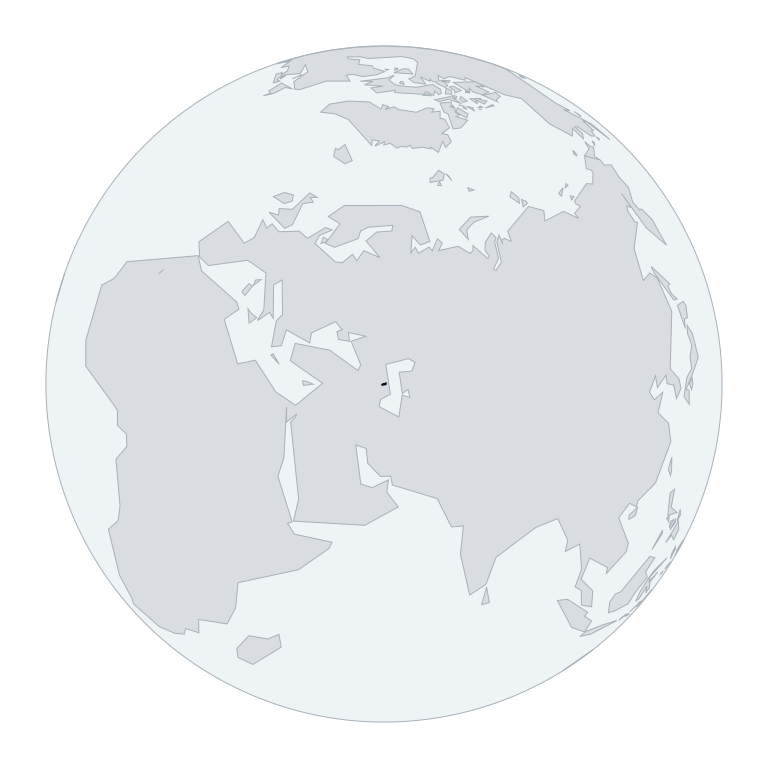 globe centered on Qusar, rotated 24°
{"feature_id": "AZE-1729", "entity_name": "Qusar", "entity_type": "District", "adm_level": 1, "iso_a3": "AZE", "parent_name": "Azerbaijan", "parent_adm1": "", "projection": "orthographic", "projection_center": [48.173, 41.44], "detail": "fine", "context": "on_globe", "style": "filled", "palette": "ink", "viewbox_px": 768, "rotation_deg": 24, "n_neighbors": 0, "source": "natural_earth", "source_scale": "10m", "svg_char_len": 11101}
<svg xmlns="http://www.w3.org/2000/svg" viewBox="0 0 768 768"><g transform="rotate(24 384 384)"><circle cx="384" cy="384" r="338" fill="#eef3f6" stroke="#a8b0b8"/><path d="M348.4,48.0L349.4,47.9L360.7,47.1L367.7,46.8L391.0,50.9L427.4,57.7L442.9,58.7L436.3,60.1L468.6,62.2L491.0,68.8L463.1,62.3L458.3,62.6L472.2,67.1L470.3,68.4L475.9,71.7L472.3,73.2L456.3,70.3L453.7,71.4L463.7,74.7L466.4,78.9L452.1,73.8L455.4,80.9L429.2,79.0L393.9,67.4L376.7,70.7L333.3,71.0L334.6,73.5L319.0,76.3L314.7,80.6L307.9,80.2L310.4,84.1L317.4,83.7L320.8,85.5L319.0,88.2L309.9,87.9L309.6,86.5L305.9,87.9L302.2,86.7L303.0,88.8L292.2,88.6L300.0,93.0L289.0,96.4L282.7,95.2L287.2,89.8L283.8,76.5L278.8,75.0L267.1,77.6L237.0,93.2L229.9,94.5L217.4,100.1L219.5,101.5L230.0,97.7L230.8,102.4L243.6,98.1L245.9,99.7L257.5,98.2L251.4,104.6L239.3,111.9L229.4,113.8L223.8,117.4L229.8,121.1L208.0,130.8L187.9,148.8L182.7,151.1L178.7,144.6L187.4,129.8L182.3,124.4L181.2,134.5L168.3,141.5L164.3,145.8L162.5,149.7L165.7,149.8L160.4,154.0L159.4,144.7L164.3,140.8L164.5,143.5L168.5,137.0L167.8,132.2L161.3,136.9L167.1,127.1L162.5,130.6L161.2,130.9L168.1,125.8L155.8,135.2L157.9,132.9L178.3,115.9L199.9,100.6L222.7,87.1L246.4,75.3L271.0,65.5L296.3,57.6L322.2,51.8L348.4,48.0ZM47.3,412.4L49.8,433.7L51.2,442.6L47.3,412.4ZM371.1,46.6L361.2,47.0L351.6,47.6L360.1,46.9L371.1,46.6ZM388.9,47.6L383.7,47.7L381.7,46.8L385.3,46.9L388.9,47.6ZM454.6,59.6L446.9,57.7L455.0,59.2L454.6,59.6ZM477.3,71.9L480.1,72.2L481.8,73.8L477.3,71.9ZM260.0,94.9L258.7,96.5L257.2,95.9L260.0,94.9ZM266.2,92.9L265.3,91.1L268.2,90.0L268.6,91.1L266.2,92.9ZM477.9,77.9L479.8,80.9L475.1,77.3L477.9,77.9ZM266.6,95.5L273.3,88.2L278.3,86.3L284.2,89.1L266.6,95.5ZM479.1,82.4L483.8,90.5L490.5,91.4L474.4,94.0L475.7,85.8L468.8,80.9L475.6,83.1L479.1,82.4ZM320.5,82.5L312.9,83.0L320.9,80.2L320.5,82.5ZM324.8,80.3L344.7,70.6L355.0,71.8L346.3,74.5L361.0,74.6L356.2,79.8L347.1,81.0L341.3,79.1L343.9,82.7L324.8,80.3ZM464.7,94.6L463.5,96.4L461.7,94.0L464.7,94.6ZM322.9,86.0L326.0,83.7L335.1,84.4L330.5,89.2L329.0,87.4L322.9,86.0ZM367.2,72.3L373.2,74.0L371.0,78.6L373.0,80.0L357.0,80.1L367.2,72.3ZM326.0,88.6L328.0,91.7L322.0,94.0L320.4,88.3L326.0,88.6ZM339.4,82.7L343.5,83.4L339.7,84.5L339.4,82.7ZM301.7,104.6L305.2,101.3L310.3,101.3L301.7,104.6ZM329.1,92.8L331.2,92.0L333.6,91.8L333.6,94.3L329.1,92.8ZM356.5,83.6L354.4,85.3L363.0,83.7L361.7,87.5L351.2,87.0L355.2,88.9L354.8,90.1L346.7,88.4L356.5,83.6ZM340.8,96.3L327.1,97.7L319.5,103.6L314.7,103.6L327.9,94.3L340.8,96.3ZM345.0,91.8L341.4,94.5L337.3,92.9L337.3,90.0L345.0,91.8ZM364.5,90.5L369.2,84.7L371.4,85.1L364.5,90.5ZM339.4,98.3L342.8,97.9L339.3,98.9L339.4,98.3ZM357.7,93.1L359.1,90.9L361.5,91.3L357.7,93.1ZM348.3,99.3L343.9,99.6L343.7,97.6L348.3,99.3ZM353.2,96.7L356.2,97.9L346.3,96.6L353.5,95.6L353.2,96.7ZM359.7,93.9L361.6,93.4L358.8,94.7L359.7,93.9ZM351.4,107.4L339.0,106.3L338.7,101.6L350.8,103.1L351.4,107.4ZM93.8,465.2L85.9,408.3L94.5,397.4L99.5,376.8L161.9,342.4L171.3,354.8L216.2,369.1L221.1,374.6L211.7,389.9L242.1,425.1L256.7,414.6L288.3,435.2L311.9,439.4L327.6,408.3L288.9,400.8L286.3,383.1L320.5,375.2L354.8,382.3L354.9,375.8L336.6,358.4L347.9,347.8L330.6,351.4L335.1,359.0L324.4,361.8L319.6,355.2L323.8,351.5L314.5,346.7L296.9,366.9L299.5,376.7L272.8,374.3L274.6,390.8L266.1,395.8L259.9,369.9L263.1,361.9L248.6,330.4L242.8,338.4L256.1,369.1L250.4,365.1L242.6,377.5L244.0,365.0L231.0,330.6L209.2,326.4L175.4,347.2L163.9,342.9L157.1,329.3L175.5,298.8L199.1,312.3L205.9,302.9L206.4,283.1L213.5,289.3L216.6,283.2L226.0,287.7L244.4,278.9L254.7,282.1L267.0,264.8L273.9,264.4L264.7,274.5L263.8,283.7L290.2,292.3L296.7,289.9L302.5,278.3L309.0,282.6L311.3,270.4L328.9,270.2L309.4,260.6L315.7,248.1L328.9,241.0L327.5,235.5L305.9,247.2L300.4,253.6L301.3,261.6L283.3,279.2L273.2,279.4L278.7,255.5L265.0,253.7L275.3,237.0L327.5,213.7L346.7,212.0L368.0,235.1L360.6,242.2L349.3,237.1L355.2,253.3L356.9,246.4L362.3,250.5L369.7,240.5L373.9,242.9L373.8,229.6L379.8,231.5L379.7,239.9L395.8,228.0L409.5,229.7L411.1,225.9L409.0,221.4L427.8,227.2L428.2,224.2L422.1,221.1L418.9,213.4L420.6,202.3L427.0,204.9L427.3,209.2L437.5,222.7L437.3,234.6L440.1,234.6L441.8,225.0L429.3,208.4L428.5,201.1L435.6,207.9L432.9,204.8L434.5,202.1L442.1,201.9L434.9,194.1L443.8,163.0L459.5,160.6L464.7,169.6L477.8,153.3L494.4,153.6L488.8,150.5L491.2,141.7L486.1,141.4L483.6,139.3L487.5,118.6L493.4,116.4L488.8,105.6L485.9,104.3L481.3,105.1L474.4,94.0L490.5,91.4L496.2,94.5L502.4,91.4L514.6,99.4L527.6,105.1L537.3,116.8L546.7,121.0L548.0,119.4L561.8,124.6L585.5,142.2L560.4,134.8L523.6,113.5L538.1,122.3L533.1,122.7L537.2,127.5L547.6,134.0L549.8,133.2L557.4,158.7L578.9,184.0L581.6,174.6L590.6,176.1L617.4,200.7L639.3,253.7L651.5,259.4L657.1,267.3L657.1,278.3L649.0,267.0L642.6,268.6L638.0,261.1L635.3,276.2L628.7,266.1L629.9,283.5L637.3,288.5L642.1,278.3L646.0,298.8L660.0,304.2L669.5,320.1L672.3,364.1L663.4,387.4L664.5,393.5L656.8,393.1L652.9,410.8L671.9,430.1L673.5,438.9L664.2,466.6L662.9,460.7L642.8,459.4L643.4,482.1L658.8,488.0L664.3,503.1L654.3,505.6L648.3,492.6L641.1,491.6L639.9,472.9L627.9,450.6L617.7,463.3L615.5,452.0L597.5,436.2L581.0,453.3L556.9,496.7L558.6,525.7L548.1,541.9L523.1,508.5L514.3,481.4L503.8,487.1L479.3,467.1L432.8,472.8L427.5,465.4L418.5,469.9L401.4,463.0L393.9,450.1L383.0,451.2L403.5,484.8L415.4,483.5L427.1,469.7L430.5,481.6L447.0,490.5L423.9,520.9L357.0,546.1L352.9,524.0L314.2,456.7L316.7,449.6L316.6,448.7L316.3,447.2L310.3,458.5L304.4,444.6L322.6,492.4L324.6,511.4L356.1,547.3L352.5,550.5L363.4,557.6L400.9,549.7L400.6,556.7L381.5,588.4L331.5,624.8L339.5,649.1L338.3,667.0L310.4,674.5L316.1,686.6L302.1,688.0L303.4,693.7L294.1,696.9L277.2,697.0L245.0,686.8L240.4,681.9L220.3,666.4L191.3,628.8L196.6,617.0L192.6,603.0L169.7,561.8L174.5,545.5L169.0,534.5L157.3,530.2L151.3,516.7L144.5,512.3L104.2,489.0L93.8,465.2ZM136.2,368.9L133.5,374.7L133.4,374.8L136.2,368.9ZM388.8,406.7L411.0,408.1L405.1,386.7L413.2,385.8L408.2,379.2L404.6,385.2L393.1,367.1L404.2,360.9L403.6,351.6L396.1,350.8L377.7,365.3L394.0,390.9L387.1,399.5L388.8,406.7ZM168.4,142.0L168.3,142.9L165.4,147.2L164.8,146.0L168.4,142.0ZM165.0,163.5L156.5,169.8L162.1,164.2L159.5,163.2L168.0,150.7L180.5,151.7L173.3,153.2L165.0,163.5ZM182.9,135.4L176.1,142.5L183.1,134.7L182.9,135.4ZM224.3,248.1L225.8,254.2L219.6,259.7L206.6,257.8L215.3,249.5L224.3,248.1ZM229.3,261.6L238.5,239.7L247.0,240.7L240.7,243.7L245.4,246.6L236.4,252.3L235.6,275.6L230.1,282.2L209.0,273.8L218.9,272.6L216.9,266.4L229.3,261.6ZM246.8,188.7L250.9,181.1L264.1,192.8L258.8,198.7L245.4,196.6L243.8,188.5L246.8,188.7ZM275.8,102.8L276.5,100.5L279.0,100.4L280.4,102.3L275.8,102.8ZM302.9,103.1L275.3,113.4L274.7,111.1L259.2,121.0L251.7,118.9L261.9,112.4L244.5,118.6L250.8,112.0L239.1,117.1L262.8,102.9L267.7,97.8L265.1,104.2L271.9,106.1L276.4,105.4L292.6,99.9L306.5,90.6L315.5,91.7L318.2,95.0L316.2,97.4L311.0,95.8L312.1,100.2L303.0,99.7L302.9,103.1ZM344.1,142.9L338.8,138.3L339.5,150.3L330.5,148.6L331.1,150.1L322.9,152.0L314.1,157.2L310.6,155.4L308.7,158.2L303.3,159.8L299.5,163.3L291.8,161.5L286.6,165.7L285.9,162.5L278.9,170.4L280.7,163.8L273.8,165.8L275.7,171.1L243.7,156.8L228.9,157.2L215.6,161.4L220.5,150.5L236.1,140.1L255.9,132.3L269.5,134.0L269.2,129.2L275.6,128.8L273.2,132.7L280.8,126.5L285.4,127.4L303.1,122.6L311.3,114.0L317.9,112.3L317.0,116.2L324.3,112.0L327.1,118.3L332.0,117.5L339.6,123.3L335.0,131.8L340.8,130.3L346.9,135.1L344.1,142.9ZM353.2,109.1L349.9,118.9L343.3,122.9L332.8,111.3L328.0,111.1L321.0,104.6L330.8,99.0L331.9,101.3L335.2,102.3L330.8,103.6L336.8,103.4L338.5,106.7L343.6,107.5L341.1,110.4L353.2,109.1ZM229.2,370.6L233.5,373.2L240.8,375.2L236.0,383.3L229.2,370.6ZM219.9,347.3L224.1,347.9L220.9,359.6L216.5,357.3L219.9,347.3ZM229.2,338.7L224.6,347.1L224.5,341.1L229.2,338.7ZM268.9,274.6L273.8,274.9L273.2,277.8L269.3,281.2L268.9,274.6ZM344.2,181.1L342.3,177.1L344.4,176.1L346.9,166.6L353.8,167.5L355.0,173.7L344.2,181.1ZM319.5,412.9L311.1,418.0L308.2,414.3L311.6,413.2L319.5,412.9ZM270.3,401.5L280.3,408.5L268.9,403.6L270.3,401.5ZM352.2,180.6L352.4,176.4L355.7,179.5L352.2,180.6ZM359.0,167.9L363.3,170.6L354.9,166.6L359.0,167.9ZM397.1,666.2L378.2,693.6L361.9,693.2L357.1,685.6L362.9,669.0L381.3,664.3L389.9,655.5L397.1,666.2ZM698.7,498.6L701.6,493.7L701.2,495.1L698.7,498.6ZM695.9,500.9L699.7,494.5L694.6,504.5L695.9,500.9ZM701.1,492.0L705.0,482.9L706.7,478.0L706.1,480.9L701.1,492.0ZM692.9,505.4L674.3,528.7L666.0,534.5L668.7,528.3L682.1,514.8L692.9,505.4ZM668.0,528.9L654.4,530.1L630.5,511.3L639.2,506.0L663.0,509.7L661.7,514.6L670.0,516.1L668.0,528.9ZM698.1,472.9L696.5,485.4L686.9,497.6L682.1,501.7L678.9,491.3L680.8,481.8L684.9,477.3L697.1,433.2L702.1,432.6L699.3,449.2L703.1,453.5L698.1,472.9ZM560.3,527.7L569.1,540.8L563.0,545.9L560.3,527.7ZM699.1,407.3L696.1,426.4L697.9,404.2L699.1,407.3ZM698.3,388.7L700.0,394.0L696.8,391.7L698.3,388.7ZM667.1,401.8L662.8,408.1L661.3,404.0L665.8,393.7L667.1,401.8ZM676.7,333.8L681.9,346.1L683.0,351.3L678.5,346.3L676.7,333.8ZM411.5,188.0L400.3,199.6L396.9,209.8L402.2,217.7L390.0,212.0L395.3,196.3L411.5,188.0ZM439.2,165.6L434.5,159.4L439.6,159.3L441.4,160.7L439.2,165.6ZM434.2,163.8L422.7,161.7L422.1,156.5L431.3,159.1L434.2,163.8ZM387.2,170.1L383.4,173.3L380.8,170.6L387.2,170.1ZM663.8,573.4L668.3,566.3L682.8,541.7L663.8,573.4ZM705.6,484.9L710.7,468.0L712.3,462.6L705.6,484.9ZM720.1,418.9L719.7,422.3L719.5,420.5L720.6,411.2L718.9,417.9L721.0,403.8L721.0,409.1L720.1,418.9ZM715.0,441.1L714.6,444.5L713.8,445.2L715.0,441.1ZM716.3,435.5L718.4,429.5L715.9,438.8L716.3,435.5ZM705.4,452.0L706.6,456.5L710.6,444.0L707.5,456.5L709.3,462.4L708.0,468.5L706.5,461.7L704.3,476.2L702.5,479.5L702.3,470.6L704.7,453.7L706.6,444.7L713.2,427.8L705.4,452.0ZM716.7,427.1L715.9,421.3L716.3,414.1L717.2,415.8L716.7,427.1ZM712.0,408.6L708.0,405.2L705.9,414.4L708.8,389.7L712.4,397.1L712.0,408.6ZM706.4,392.7L704.5,401.3L705.5,388.1L706.4,392.7ZM703.2,399.3L701.4,393.2L703.7,390.0L703.2,399.3ZM707.6,390.3L705.5,377.9L707.9,382.6L707.6,390.3ZM696.5,379.8L703.9,382.2L696.8,388.8L689.7,367.2L692.2,361.9L696.5,379.8ZM667.2,264.0L662.8,259.1L663.1,253.2L666.1,258.2L667.2,264.0ZM660.2,231.6L661.8,250.1L662.3,266.0L665.3,265.6L671.1,278.4L663.2,273.4L658.0,254.8L658.8,244.7L652.7,235.0L649.4,223.4L640.6,214.2L637.2,207.2L645.4,212.7L660.2,231.6ZM636.7,210.7L620.1,192.8L623.6,186.9L628.0,189.5L634.2,200.0L632.0,202.4L636.7,210.7ZM617.1,187.0L614.8,189.4L585.6,172.7L580.3,167.9L604.4,176.3L603.5,179.2L610.1,184.7L617.1,187.0ZM467.2,97.2L463.8,96.5L466.7,95.8L467.2,97.2ZM480.7,139.4L477.7,136.4L481.2,135.4L480.7,139.4ZM471.5,128.0L469.6,131.2L468.9,126.7L471.5,128.0ZM466.0,138.9L467.6,132.0L469.9,140.2L466.0,138.9Z" fill="#d9dde1" stroke="#a8b0b8" stroke-width="1"/><path d="M383.1,384.5L383.4,384.0L383.5,383.9L384.1,383.7L384.3,383.6L384.5,383.4L384.9,383.2L385.0,383.1L385.1,382.9L385.2,382.4L385.3,382.3L385.5,382.5L385.4,382.8L385.5,383.1L385.6,383.3L385.7,383.5L385.8,383.7L385.5,383.9L385.3,384.0L384.9,384.1L384.6,384.4L383.8,385.0L382.9,385.7L382.7,385.6L382.4,385.5L382.4,385.4L382.5,385.4L382.8,385.3L382.8,385.2L382.7,385.0L382.8,384.9L382.9,384.7L383.0,384.6L383.1,384.5Z" fill="#0f172a" stroke="#020617" stroke-width="1.5"/></g></svg>